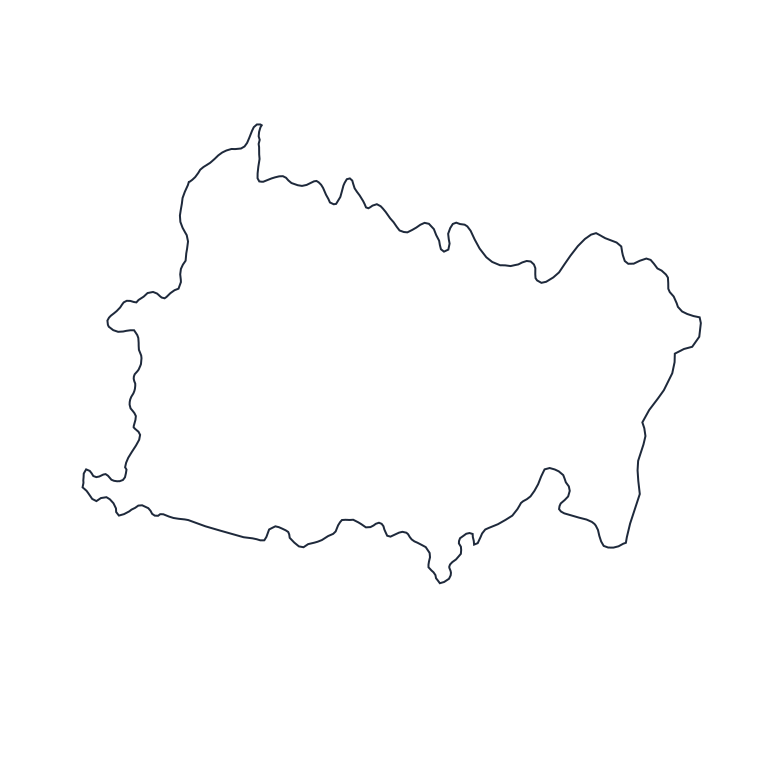 Kobryn, Brest, Belarus, rotated 290°
{"feature_id": "67162791B1192676397695", "entity_name": "Kobryn", "entity_type": "district", "adm_level": 2, "iso_a3": "BLR", "parent_name": "Belarus", "parent_adm1": "Brest", "projection": "mercator", "projection_center": [24.483, 52.154], "detail": "fine", "context": "isolated", "style": "outline", "palette": "slate", "viewbox_px": 768, "rotation_deg": 290, "n_neighbors": 0, "source": "geoboundaries", "source_scale": "gbopen_adm2", "svg_char_len": 5866}
<svg xmlns="http://www.w3.org/2000/svg" viewBox="0 0 768 768"><g transform="rotate(290 384 384)"><path d="M507.1,131.5L503.9,131.7L496.4,131.1L489.9,131.1L484.2,132.4L478.0,133.5L472.5,134.6L466.7,137.2L461.9,141.3L458.4,145.3L456.4,147.7L450.9,151.1L443.7,152.7L439.2,153.5L432.0,155.4L427.4,154.2L422.7,153.8L417.3,155.0L412.5,157.4L410.3,158.3L403.3,158.3L400.5,155.1L396.3,152.2L391.3,149.8L389.5,148.5L389.2,145.5L389.9,143.4L390.7,141.6L391.4,139.7L391.5,135.5L388.6,130.7L383.9,128.3L379.0,124.6L376.0,123.4L375.5,120.9L375.3,117.2L374.2,113.8L371.7,111.5L369.1,110.7L365.7,109.9L361.0,107.8L358.1,106.1L354.8,104.0L352.3,102.9L349.0,102.4L345.2,104.3L343.7,105.8L342.0,111.1L342.1,116.3L344.1,120.9L345.9,123.8L347.8,127.4L349.0,130.8L345.6,135.4L343.2,137.4L338.7,139.4L336.0,140.4L332.3,142.0L329.4,144.6L327.7,146.1L325.3,147.3L319.6,148.8L317.8,148.8L313.6,148.5L311.6,147.9L307.9,146.4L305.5,146.4L303.3,147.0L301.2,148.4L299.3,150.1L297.2,150.9L294.2,151.6L291.9,151.8L289.4,151.7L285.6,150.9L282.7,150.8L280.1,151.2L277.6,152.0L276.0,153.1L274.4,154.2L272.5,157.5L271.2,159.5L269.0,161.8L265.3,162.7L258.9,163.2L257.6,163.6L256.6,165.7L255.1,169.7L252.8,172.2L247.9,173.0L241.4,172.0L233.6,170.2L227.2,168.9L221.9,168.6L217.2,169.2L215.5,171.3L211.9,172.0L207.7,172.5L204.5,171.5L202.3,168.9L201.3,166.4L200.7,163.4L200.8,160.6L202.1,158.3L203.4,156.0L204.1,153.2L202.9,151.2L199.7,148.1L198.1,145.5L198.1,142.3L200.1,139.8L201.7,137.2L201.9,133.3L198.5,132.7L197.1,132.5L193.6,133.6L190.6,134.4L188.3,135.4L185.7,135.8L183.8,136.1L181.9,141.0L180.5,143.1L177.8,146.9L176.2,149.1L175.6,153.8L180.0,157.0L182.7,161.9L181.9,165.8L179.4,170.6L175.4,174.7L172.1,176.1L169.8,179.7L169.7,179.9L172.8,184.2L177.2,188.2L179.6,189.7L182.5,192.5L185.7,194.7L187.3,198.2L186.7,205.0L184.9,208.1L182.7,210.5L181.9,213.6L182.9,216.8L185.1,218.2L186.1,221.1L185.9,227.3L186.1,232.0L187.1,237.1L188.6,243.1L189.2,246.6L189.2,252.2L189.2,264.8L190.2,280.2L192.0,304.5L194.0,313.2L194.6,317.5L194.8,321.3L196.2,325.0L200.1,325.8L203.9,325.8L208.0,325.8L210.8,328.4L213.1,330.6L213.5,334.1L213.3,337.3L212.9,341.6L212.2,344.6L210.2,346.4L207.2,348.0L204.3,353.9L202.3,359.6L203.1,364.2L207.6,367.5L211.0,372.7L213.1,375.6L216.1,379.0L222.0,383.5L225.8,387.5L228.9,389.0L235.5,389.2L239.2,390.0L241.8,391.0L243.2,394.2L244.5,398.3L245.9,401.5L245.2,407.2L244.5,410.7L243.1,416.0L244.9,420.2L247.5,422.6L249.8,424.1L251.9,426.7L251.8,429.6L250.2,432.1L247.4,434.1L245.0,436.4L242.5,438.9L242.8,442.3L246.1,445.6L249.5,449.0L251.4,451.9L251.9,455.9L251.1,458.0L248.9,460.7L247.4,463.2L246.5,466.4L246.3,469.6L245.7,474.2L245.0,479.0L240.8,484.7L236.9,486.5L232.5,487.0L229.4,487.6L227.0,488.5L225.0,492.4L224.0,494.9L222.0,497.7L219.3,499.3L217.9,501.6L215.9,504.6L218.5,508.2L223.2,511.7L227.0,512.1L229.5,511.5L231.1,510.5L233.7,508.2L234.7,507.8L237.0,507.8L240.0,509.1L243.8,511.7L250.7,514.3L254.4,513.3L257.4,511.9L259.8,508.9L262.1,508.2L265.1,508.2L268.4,510.5L271.4,512.5L273.2,515.3L273.4,518.6L270.6,519.8L267.3,522.0L263.9,523.6L266.5,526.5L273.2,527.1L277.1,527.3L281.9,528.9L284.6,531.7L291.2,539.0L297.9,544.7L304.2,549.6L312.1,552.2L316.4,553.0L319.0,553.4L321.4,554.8L324.7,557.7L328.5,560.1L335.0,561.9L342.5,563.1L350.8,563.3L355.0,563.7L358.7,564.1L361.7,568.4L362.1,573.7L361.7,578.1L359.7,583.6L356.7,586.2L353.8,588.5L351.0,592.7L347.1,595.1L341.3,595.5L336.8,593.5L332.2,590.9L329.3,590.7L326.3,591.3L324.7,593.9L324.1,597.6L325.1,612.8L325.9,620.7L325.5,626.5L324.5,629.6L323.4,631.4L320.0,635.0L314.9,638.3L310.3,641.9L307.0,645.8L307.0,650.6L308.7,655.5L311.7,659.9L315.7,663.4L317.5,665.6L323.0,664.6L337.0,663.0L352.6,662.5L368.1,662.0L379.9,656.1L389.6,651.8L398.7,649.1L415.9,648.5L424.5,647.5L431.5,643.7L436.3,639.9L450.3,642.1L464.2,646.4L473.9,649.1L492.7,651.2L503.9,649.6L512.0,646.9L519.5,653.9L524.4,660.9L536.2,664.1L549.6,660.9L554.6,657.8L553.7,651.6L553.5,645.0L554.1,639.3L557.0,633.8L560.0,631.4L565.3,626.3L568.1,621.1L570.7,618.6L576.0,616.6L581.1,614.4L583.3,611.5L585.5,606.1L586.1,601.4L589.4,596.4L591.8,592.1L591.6,587.6L587.3,582.2L582.5,577.5L580.5,572.4L581.9,568.2L586.7,564.4L589.4,562.7L594.4,559.9L596.5,554.2L596.7,541.9L597.9,534.6L598.3,531.7L595.2,527.5L589.0,523.2L579.9,519.0L568.3,515.3L558.4,512.7L548.7,510.3L542.0,506.6L535.5,501.4L532.9,497.3L533.7,492.4L535.3,490.2L538.9,488.6L544.6,486.6L547.6,484.0L549.3,480.0L548.4,476.0L545.5,472.3L542.3,469.3L540.6,466.5L538.1,462.6L536.9,457.1L535.3,452.5L535.7,443.9L538.1,436.8L544.0,427.5L550.8,419.8L557.6,413.0L560.6,408.4L561.3,405.3L560.3,400.7L560.3,396.7L557.9,393.9L553.2,392.9L547.1,392.9L542.1,395.4L538.4,397.6L532.3,398.5L528.9,395.1L530.1,391.4L533.8,388.9L537.5,386.8L541.8,382.1L546.6,377.9L549.9,371.4L549.3,367.0L546.1,363.7L542.1,360.9L538.4,357.8L534.5,354.1L533.6,350.6L533.6,346.1L536.0,342.3L539.3,337.7L541.8,333.1L546.2,326.8L548.5,322.9L549.9,320.1L550.5,315.8L547.7,312.2L545.4,310.6L543.8,309.2L543.8,306.7L546.4,304.3L548.7,301.9L552.9,296.6L555.3,292.9L557.8,289.5L561.4,286.7L564.3,284.6L565.5,281.6L563.7,279.0L559.6,278.2L556.6,278.0L549.9,278.6L544.8,279.0L536.9,277.4L535.7,275.3L536.1,271.1L538.9,268.4L542.0,264.8L547.4,259.7L549.7,256.8L551.2,253.6L551.7,251.1L550.5,248.9L547.1,245.6L544.6,243.2L542.1,239.2L541.3,235.0L541.2,228.3L542.6,224.5L544.3,221.4L544.7,217.9L543.3,214.5L540.9,210.9L538.7,208.0L535.4,204.3L532.8,201.4L532.2,199.7L531.7,197.5L534.1,194.8L538.7,193.2L545.2,191.6L552.9,190.1L557.0,188.2L563.9,185.6L566.7,184.1L570.9,183.7L573.9,181.5L578.2,180.4L583.0,180.1L585.3,180.6L585.6,179.0L584.4,175.8L580.8,173.8L576.8,173.4L569.1,173.2L563.7,172.9L559.5,171.7L556.4,169.1L553.8,163.7L552.7,160.3L549.5,156.0L546.2,152.8L542.2,150.1L537.3,147.7L532.4,145.0L526.1,140.1L522.5,138.0L518.9,137.3L513.8,135.8L510.3,134.0L507.6,132.2L507.1,131.5Z" fill="none" stroke="#1e293b" stroke-width="2"/></g></svg>